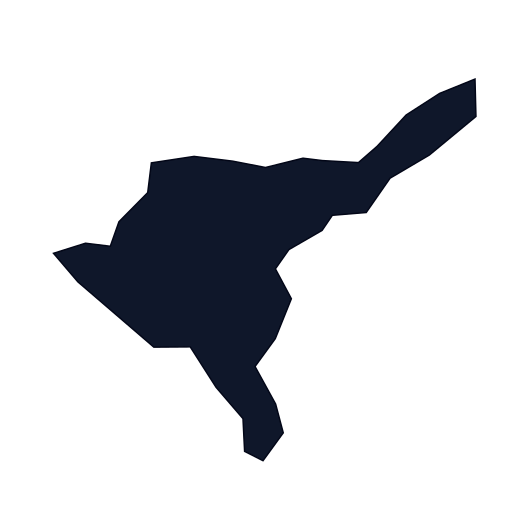 map outline of Luqa (Robinson projection), rotated 277°
{"feature_id": "MLT-5964", "entity_name": "Luqa", "entity_type": "state/province", "adm_level": 1, "iso_a3": "MLT", "parent_name": "Malta", "parent_adm1": "", "projection": "robinson", "projection_center": [14.484, 35.851], "detail": "fine", "context": "isolated", "style": "filled", "palette": "ink", "viewbox_px": 512, "rotation_deg": 277, "n_neighbors": 0, "source": "natural_earth", "source_scale": "10m", "svg_char_len": 608}
<svg xmlns="http://www.w3.org/2000/svg" viewBox="0 0 512 512"><g transform="rotate(277 256 256)"><path d="M153.1,165.7L208.6,82.4L234.0,54.7L247.9,85.2L247.9,110.2L273.3,115.8L305.7,140.8L335.7,140.8L347.3,182.4L347.3,221.3L345.0,254.6L358.8,290.7L358.8,310.2L361.2,346.3L379.7,362.9L414.3,387.9L439.8,418.5L458.3,451.8L421.3,457.3L377.3,415.7L349.6,379.6L312.6,360.1L305.7,326.8L289.5,318.5L266.4,287.9L245.6,276.8L217.9,296.3L176.3,285.2L146.2,268.5L111.5,293.5L83.8,304.6L53.7,287.9L60.7,268.5L93.0,262.9L120.8,232.4L157.8,201.8L153.1,165.7Z" fill="#0f172a" stroke="#020617" stroke-width="1.5"/></g></svg>